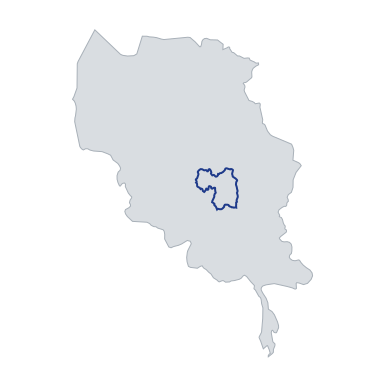 location of Bamyan within Afghanistan, rotated 97°
{"feature_id": "AFG-1743", "entity_name": "Bamyan", "entity_type": "Province", "adm_level": 1, "iso_a3": "AFG", "parent_name": "Afghanistan", "parent_adm1": "", "projection": "equal_earth", "projection_center": [67.218, 34.704], "detail": "fine", "context": "in_parent", "style": "outline", "palette": "blue", "viewbox_px": 384, "rotation_deg": 97, "n_neighbors": 0, "source": "natural_earth", "source_scale": "10m", "svg_char_len": 7553}
<svg xmlns="http://www.w3.org/2000/svg" viewBox="0 0 384 384"><g transform="rotate(97 192 192)"><path d="M167.6,93.1L175.1,92.3L180.2,93.3L182.9,96.1L185.6,96.9L188.1,95.5L189.7,95.3L190.4,96.1L191.7,96.5L193.6,96.4L194.8,97.1L195.0,98.8L196.5,100.9L199.1,103.5L201.5,104.1L204.5,102.1L205.6,102.4L206.1,101.7L206.4,100.3L208.2,98.9L211.6,97.6L213.5,96.4L214.2,95.5L215.3,95.2L216.6,95.5L217.5,95.1L218.1,93.8L219.3,93.4L220.4,93.6L225.1,98.3L226.9,99.7L227.7,99.5L230.0,96.9L230.3,94.6L229.7,91.5L230.1,89.1L231.6,87.2L234.4,86.1L238.5,85.7L241.1,85.9L242.0,86.9L243.3,87.4L244.9,87.5L246.3,86.4L247.6,84.1L247.7,81.3L246.4,77.9L246.7,76.9L248.8,75.2L251.0,72.7L253.1,69.4L255.1,65.4L257.6,63.0L260.5,62.1L264.2,63.1L268.6,66.2L270.3,70.0L269.3,74.5L269.2,77.0L270.1,77.5L275.0,76.6L275.7,77.3L275.7,78.5L275.0,80.5L274.2,85.8L272.9,99.2L275.1,107.1L276.6,110.2L278.1,111.3L279.6,111.6L281.0,111.3L283.9,109.3L288.4,105.5L292.7,103.2L299.0,101.9L301.0,97.9L303.9,95.2L310.5,91.3L314.1,89.8L316.2,89.5L321.3,91.0L321.6,92.2L321.3,93.5L319.9,94.6L319.4,95.4L320.0,96.0L322.0,96.2L330.8,93.5L332.7,91.1L334.6,91.0L338.3,92.0L341.2,91.7L342.7,92.7L346.3,96.2L345.2,96.4L343.6,95.7L342.7,94.6L339.2,96.1L335.3,98.3L335.4,98.9L339.0,102.1L331.8,105.6L328.5,107.6L327.7,107.7L322.7,105.9L308.9,106.4L298.4,107.5L294.3,109.3L290.5,110.2L288.5,111.1L287.3,113.0L281.5,117.2L280.5,118.7L277.3,118.6L274.0,122.6L269.2,127.5L268.2,129.7L268.9,130.9L271.6,132.7L272.8,134.3L274.7,139.0L275.5,142.3L276.7,143.8L277.4,147.7L276.2,150.0L276.3,151.1L277.9,154.1L277.5,155.0L276.4,156.4L274.5,160.3L271.1,163.1L269.6,165.6L267.3,168.4L266.3,170.7L265.2,172.0L264.1,172.7L264.4,174.0L265.4,175.5L267.0,177.3L267.0,184.4L266.2,186.5L261.8,188.4L257.7,189.3L252.5,189.3L250.6,189.0L243.4,186.4L241.1,187.7L240.7,190.8L244.8,195.9L246.5,198.8L248.4,203.6L249.9,206.0L249.4,208.3L242.0,213.4L237.4,213.9L234.4,214.8L233.0,216.1L232.0,221.5L230.9,223.5L231.0,225.8L230.0,228.5L228.5,230.2L227.5,233.0L228.4,247.5L224.2,253.2L221.8,255.3L219.5,256.3L217.6,255.9L215.2,252.6L213.5,251.3L211.9,251.6L210.2,252.8L207.5,252.4L205.2,251.2L204.0,251.3L203.3,252.5L200.9,255.0L194.8,258.8L192.3,259.0L191.3,260.0L191.7,261.5L192.8,262.8L194.7,263.7L194.8,264.7L191.7,266.6L188.5,267.9L184.9,268.4L181.2,267.7L179.2,266.0L177.0,265.8L174.9,267.1L172.7,269.1L169.8,274.2L165.4,277.3L164.3,280.5L162.9,286.2L163.3,294.6L162.8,298.4L161.8,300.8L162.0,302.8L163.5,305.0L162.9,306.4L161.6,308.0L160.4,308.9L136.5,317.0L132.6,317.2L130.6,316.9L123.9,316.9L121.0,317.5L118.2,318.6L116.1,319.9L114.5,321.9L111.7,320.8L102.8,318.8L78.7,321.5L76.4,321.0L42.9,308.2L64.1,279.7L64.8,277.3L64.9,272.6L63.8,266.4L61.7,263.6L43.4,260.3L42.9,255.5L43.2,253.3L43.0,249.2L43.1,246.0L44.0,240.7L44.1,238.4L38.9,215.0L38.9,212.7L42.5,207.3L46.9,202.1L46.7,201.1L44.6,200.6L41.3,200.5L39.5,199.7L38.2,198.3L37.7,196.2L38.7,192.4L38.0,185.2L41.6,179.1L46.9,178.7L44.3,174.3L43.7,173.8L43.5,173.1L43.8,172.3L45.2,172.0L48.5,169.2L48.6,167.6L51.4,163.4L51.2,161.5L53.0,156.6L52.2,153.3L52.1,151.6L54.0,150.4L55.4,145.8L56.1,144.7L56.2,143.6L55.8,141.7L57.6,141.4L59.2,143.8L61.7,146.3L63.4,147.0L65.5,147.4L70.2,146.6L71.2,146.7L76.0,151.1L76.8,152.2L77.2,153.9L78.0,154.4L79.7,152.7L81.3,152.2L84.5,152.7L86.2,152.0L94.2,146.6L94.8,143.2L95.6,141.2L96.7,140.0L95.5,136.1L95.9,135.3L97.0,134.9L99.6,134.9L111.7,130.6L114.8,130.6L115.5,130.2L115.7,129.0L116.6,127.7L122.3,124.5L125.6,121.3L126.8,118.8L132.4,99.0L135.3,97.3L138.2,96.1L148.1,95.7L150.0,89.6L150.9,88.2L152.6,86.8L159.9,91.1L167.6,93.1Z" fill="#d9dde1" stroke="#a8b0b8" stroke-width="1"/><path d="M188.0,183.9L187.1,184.7L186.8,185.0L186.7,185.5L186.2,186.8L185.9,187.3L185.7,187.4L185.5,187.6L183.7,187.9L183.0,188.1L182.9,188.2L182.8,188.3L182.7,188.4L182.5,188.8L182.3,189.0L182.2,189.1L181.8,188.7L181.7,188.6L181.3,188.6L181.0,188.7L180.8,188.8L179.5,189.6L179.4,189.7L179.2,189.7L178.4,189.3L178.3,189.2L178.2,189.1L178.2,188.9L178.0,188.7L177.8,188.6L174.0,187.8L173.6,187.8L173.0,187.9L172.7,188.1L172.4,188.3L172.0,188.4L171.5,188.7L171.0,188.6L169.8,187.9L168.5,186.6L168.3,186.3L168.2,186.1L168.2,185.9L168.2,185.5L168.2,184.6L168.4,184.1L168.9,182.9L169.0,182.6L169.0,182.4L168.7,181.5L168.6,180.4L168.7,180.1L168.8,180.0L169.1,179.7L169.4,179.5L169.5,179.5L169.6,179.4L169.6,179.1L169.5,178.8L169.3,178.7L169.0,178.5L168.3,178.2L167.6,178.2L167.4,177.9L167.2,177.6L167.2,177.4L167.6,176.7L169.0,175.7L170.3,175.2L170.5,175.2L171.2,175.5L171.4,175.4L171.7,175.2L173.0,173.9L173.0,173.6L172.7,173.2L172.5,172.8L172.4,172.6L172.5,172.3L172.6,172.0L172.6,171.9L173.3,171.2L173.6,170.7L173.8,170.5L173.8,170.3L173.8,170.1L173.8,169.9L173.7,169.7L173.6,169.4L173.4,169.2L173.2,168.9L172.4,168.4L172.2,168.3L171.9,168.4L171.7,168.4L171.2,168.2L171.0,168.3L170.9,168.3L170.9,168.2L170.9,167.9L171.1,167.7L170.9,167.3L170.5,167.1L170.3,167.0L170.1,166.8L169.9,166.4L169.8,166.1L169.6,165.2L168.9,164.4L168.5,163.9L168.4,163.8L168.4,163.7L166.6,162.3L166.0,162.0L165.0,161.8L164.8,161.7L164.7,161.5L164.5,161.3L164.4,161.1L164.3,160.8L164.3,160.5L164.4,159.8L164.4,159.6L164.5,159.4L164.5,159.2L164.6,158.9L164.7,158.2L164.9,157.0L164.9,156.8L164.8,156.7L164.7,156.6L164.5,156.4L164.4,156.2L164.5,155.3L164.6,155.1L164.7,154.8L164.8,154.6L164.9,154.4L165.1,154.2L165.3,154.0L165.7,154.0L168.7,154.4L169.2,154.4L169.9,154.1L171.0,153.6L171.6,153.5L171.7,153.4L171.9,153.2L173.3,150.4L174.4,149.0L174.6,148.8L175.2,148.6L176.3,149.1L176.9,149.3L179.1,149.3L179.7,149.1L181.6,148.2L183.3,147.7L185.3,146.9L185.5,146.9L185.8,146.9L186.1,147.0L186.5,147.0L187.4,147.3L189.7,146.3L191.0,146.0L191.6,146.0L194.4,146.7L194.7,146.7L194.9,146.7L196.1,146.3L196.3,146.2L196.4,146.3L196.5,146.4L196.7,146.7L196.8,146.8L197.0,146.9L199.3,146.6L200.2,146.6L202.1,146.2L202.0,146.9L202.1,147.4L202.4,148.4L202.4,148.6L202.4,148.8L202.3,149.2L202.2,149.5L202.2,149.8L202.4,150.4L202.3,150.5L202.2,150.8L202.1,151.1L202.0,151.4L201.9,152.2L201.8,152.4L201.7,152.8L201.6,153.0L201.5,153.4L200.9,153.7L200.8,153.8L200.7,154.0L200.4,154.4L200.4,154.6L200.3,155.2L200.3,155.4L200.3,155.5L200.4,155.8L200.4,156.0L200.4,156.4L200.4,156.5L200.5,157.5L200.7,157.8L200.8,157.9L201.4,158.1L201.5,158.2L201.6,158.3L201.9,158.4L202.0,158.4L202.5,158.3L202.8,158.3L203.0,158.4L203.7,159.1L203.8,159.1L204.0,159.1L205.3,160.4L205.6,161.2L205.6,161.9L205.7,162.6L205.6,163.4L205.5,164.3L205.6,164.5L206.0,164.8L206.3,165.0L203.8,166.4L203.2,166.9L202.9,167.5L202.5,168.0L202.2,168.2L202.1,168.3L201.8,168.1L201.7,168.1L201.2,168.2L201.1,168.3L200.9,168.4L200.8,168.7L200.4,169.2L200.3,169.4L200.2,169.7L199.7,170.8L198.4,170.7L194.4,169.4L193.9,169.3L193.1,169.5L192.5,169.5L192.1,169.4L191.7,169.3L191.0,169.2L190.9,169.1L190.7,168.9L190.5,168.7L190.1,168.5L189.8,168.4L189.6,168.4L189.4,168.5L188.8,168.9L188.6,168.9L186.7,169.4L185.5,169.5L185.4,169.6L185.1,169.7L185.1,169.8L185.0,170.1L185.2,170.9L185.4,171.3L186.0,171.9L186.2,172.1L186.2,172.3L186.2,172.8L186.1,173.0L185.7,173.4L185.6,173.5L184.9,173.6L184.6,173.7L184.5,173.9L184.4,174.0L184.2,174.5L184.1,175.0L184.1,175.3L184.1,175.6L184.4,175.8L184.5,175.9L184.7,176.0L186.2,176.1L187.1,176.1L187.3,176.1L187.5,176.2L187.8,176.4L187.9,176.6L187.9,176.8L187.9,177.1L187.9,177.3L187.8,177.5L187.7,177.5L187.4,177.6L187.0,177.9L186.9,178.0L187.0,178.3L187.8,178.4L188.1,178.5L190.2,179.6L190.4,179.8L190.5,179.9L190.3,180.2L190.0,180.7L189.9,180.8L189.8,181.1L189.7,181.3L188.0,182.0L187.8,182.2L187.7,182.4L187.5,183.0L187.5,183.3L187.6,183.5L188.0,183.9Z" fill="none" stroke="#1e3a8a" stroke-width="2"/></g></svg>